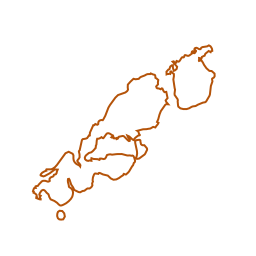 the Province of Nusa Tenggara Barat, rotated 142°
{"feature_id": "IDN-555", "entity_name": "Nusa Tenggara Barat", "entity_type": "Province", "adm_level": 1, "iso_a3": "IDN", "parent_name": "Indonesia", "parent_adm1": "", "projection": "mercator", "projection_center": [117.655, -8.595], "detail": "fine", "context": "isolated", "style": "outline", "palette": "amber", "viewbox_px": 256, "rotation_deg": 142, "n_neighbors": 0, "source": "natural_earth", "source_scale": "10m", "svg_char_len": 5960}
<svg xmlns="http://www.w3.org/2000/svg" viewBox="0 0 256 256"><g transform="rotate(142 128 128)"><path d="M243.3,129.1L242.3,129.5L242.7,130.1L241.7,130.8L241.3,131.4L241.3,132.4L241.5,133.5L242.3,135.2L241.5,135.7L241.8,136.7L239.7,138.1L238.8,138.4L237.6,137.6L237.4,138.5L236.9,138.9L236.3,138.8L234.7,137.9L233.0,138.4L228.8,139.0L227.5,138.7L225.7,137.3L224.2,135.1L223.6,134.7L222.4,134.4L222.0,134.8L221.8,135.4L221.2,136.2L219.6,136.7L216.6,135.9L215.1,136.7L213.3,136.0L212.1,136.4L210.8,137.5L209.0,138.5L210.7,140.0L211.4,140.4L217.5,140.5L223.0,141.4L224.4,141.9L225.8,143.9L226.0,144.5L225.6,145.0L224.8,145.3L223.1,145.6L220.3,145.2L218.9,144.7L218.9,144.8L218.6,145.2L217.7,145.6L214.2,142.9L212.8,142.3L209.8,142.1L206.8,142.6L192.8,146.6L189.4,145.8L187.5,141.8L187.8,140.1L189.9,137.4L190.8,135.7L191.0,134.5L191.1,133.5L190.8,131.4L189.4,128.3L189.4,127.1L188.4,128.0L188.2,129.5L188.5,132.6L188.0,133.5L185.4,134.2L184.2,134.7L182.4,137.1L181.2,139.7L180.6,140.1L179.8,140.2L171.8,146.8L170.6,147.1L167.8,145.6L166.4,145.2L163.6,146.1L163.5,145.8L162.7,145.6L162.2,146.5L161.6,146.8L161.0,147.7L153.6,151.6L152.9,151.0L152.4,151.0L151.3,151.3L150.5,149.8L150.1,149.4L149.1,149.4L147.7,150.9L146.6,151.3L145.6,151.3L144.5,150.9L143.8,150.5L143.1,149.7L142.3,149.9L138.4,151.6L130.9,156.1L128.1,157.2L119.3,159.7L115.6,160.1L108.2,157.6L105.9,157.6L104.4,158.2L103.2,160.2L101.4,162.3L97.6,163.0L93.4,163.4L92.1,161.8L89.3,160.1L87.8,160.4L86.3,160.3L82.5,159.1L81.0,158.9L79.5,158.5L77.3,156.8L76.5,157.0L75.3,154.8L74.2,153.4L74.4,152.3L75.5,150.6L75.0,149.4L74.6,147.2L76.3,145.6L77.5,143.9L80.2,143.4L80.7,142.1L80.5,141.2L79.4,140.2L78.4,138.4L77.1,138.5L76.6,137.9L77.2,135.6L77.2,133.8L75.6,132.9L78.4,127.2L81.3,126.6L81.8,125.2L81.7,121.9L83.0,123.1L83.6,123.3L84.5,123.3L91.7,121.1L94.9,119.2L98.9,116.2L101.4,114.9L100.8,113.3L102.3,112.6L104.6,112.1L106.1,111.6L107.5,113.4L110.6,113.8L111.4,114.2L112.4,114.8L114.3,115.8L116.9,117.7L122.4,120.1L122.0,119.0L122.9,116.5L123.0,115.2L123.3,115.1L124.8,115.8L128.2,115.8L129.9,115.5L130.9,114.9L131.5,116.0L132.2,120.5L133.2,122.4L133.6,121.0L133.7,117.7L134.6,116.8L135.3,117.1L135.7,118.5L136.2,123.1L136.4,124.2L137.1,125.0L140.5,126.7L142.7,125.9L143.6,126.2L143.0,127.1L144.4,127.6L144.9,128.0L145.5,128.6L145.0,129.3L145.0,129.8L146.5,130.2L146.8,130.9L145.4,131.0L144.5,131.4L145.0,132.4L145.9,134.9L146.6,135.9L147.7,136.6L149.0,136.5L153.3,135.2L153.8,135.2L154.2,135.7L154.5,137.1L156.6,137.3L157.8,137.7L158.9,138.5L160.3,137.4L163.1,134.4L164.3,133.8L164.8,133.1L165.5,132.6L165.7,132.2L169.5,131.5L171.8,131.4L174.2,132.4L177.9,132.3L179.2,131.9L180.3,131.2L181.0,130.0L180.9,128.7L180.4,127.5L179.5,126.5L178.4,126.2L177.0,124.7L176.3,125.9L175.4,126.7L174.2,124.8L171.2,122.2L170.2,120.5L169.7,120.5L169.1,121.2L168.1,120.6L166.2,118.4L165.0,118.0L163.5,118.4L161.3,119.6L160.3,119.3L159.0,118.7L158.0,118.0L157.0,116.8L153.0,114.4L148.9,111.3L145.5,106.8L143.6,105.4L142.1,103.8L141.4,103.5L141.0,102.7L141.3,100.9L142.6,97.8L143.4,97.1L144.0,96.9L144.9,96.9L147.0,95.5L148.3,95.3L153.9,93.1L155.4,92.8L158.2,92.6L158.7,93.0L159.5,94.4L160.1,94.3L160.8,93.8L161.4,93.8L162.7,94.0L165.9,94.1L168.9,94.7L171.3,96.2L172.6,98.8L173.2,102.9L176.3,106.8L177.7,109.6L178.4,110.4L178.8,110.5L179.6,110.1L181.8,112.3L182.4,112.5L183.5,112.2L186.0,110.7L187.8,108.9L188.3,108.2L188.5,107.5L190.4,106.4L191.4,104.7L192.7,104.1L194.3,103.9L195.5,104.0L197.2,105.3L198.0,105.4L200.8,105.4L201.4,105.6L202.5,106.3L205.3,106.8L206.4,108.0L208.6,112.5L208.1,113.6L207.8,115.4L207.6,118.4L205.9,123.2L205.8,124.3L206.7,124.7L207.7,123.7L208.6,122.4L209.9,119.4L210.7,118.1L210.7,117.4L210.0,115.8L210.0,113.1L211.0,111.0L212.6,109.4L214.2,108.2L216.6,107.3L219.8,106.8L223.1,106.8L226.0,107.3L227.5,107.7L228.6,108.2L229.3,109.0L229.7,110.6L229.9,112.6L230.9,115.8L232.9,119.4L232.5,122.0L231.5,124.7L232.0,127.1L232.0,128.8L232.2,130.4L233.0,131.5L234.6,131.9L237.0,131.2L238.3,130.6L239.0,130.0L239.0,129.4L238.5,128.3L239.9,127.9L240.3,127.5L240.4,125.9L240.8,125.5L241.7,126.4L243.3,129.1ZM67.7,105.9L70.1,106.8L72.7,108.8L74.6,111.2L75.2,113.9L74.6,115.1L72.4,118.5L71.7,119.1L71.2,120.1L70.9,125.3L70.1,126.5L67.3,129.3L66.7,130.7L62.4,138.3L59.9,140.6L58.6,142.3L59.1,144.4L59.0,145.4L59.2,146.1L59.9,146.2L60.6,145.1L61.4,144.6L61.8,145.3L62.7,145.5L63.5,146.2L64.6,146.5L63.0,148.7L60.2,149.2L59.2,148.8L56.9,150.4L54.9,150.4L54.0,149.8L55.4,148.1L56.7,144.9L55.5,144.5L53.3,144.6L51.6,146.0L52.0,152.8L51.0,152.4L51.0,150.7L50.3,149.9L49.7,149.8L49.0,150.7L48.4,150.9L47.4,149.2L46.8,149.0L45.6,149.2L43.0,150.2L41.8,150.4L41.4,150.2L41.0,149.6L40.5,149.4L39.8,149.6L38.9,150.3L38.4,150.4L37.8,150.0L36.6,148.2L35.8,147.6L34.8,147.4L31.6,147.3L31.3,148.3L30.6,148.8L29.7,148.7L28.8,147.9L29.6,147.6L30.0,147.2L30.1,146.6L29.7,146.1L29.1,146.0L27.2,146.6L26.9,147.0L27.2,149.2L26.5,149.6L25.7,149.6L24.6,149.0L24.2,148.3L23.6,146.8L23.2,146.1L22.3,145.5L21.6,145.9L20.6,146.1L19.5,145.9L15.4,143.6L13.4,143.3L12.7,141.6L12.8,140.0L13.1,138.6L14.1,136.9L15.5,137.3L16.2,136.9L17.0,139.0L21.3,138.9L23.2,137.8L23.9,138.1L26.0,138.5L27.2,137.6L27.9,137.6L28.3,138.7L28.9,139.4L29.7,138.2L30.4,137.8L30.7,137.1L28.5,136.2L28.7,133.4L29.2,131.0L29.4,126.8L28.7,122.9L27.0,121.4L26.3,117.6L27.8,115.5L29.1,114.9L31.1,115.1L31.6,114.9L32.8,112.7L36.8,110.1L42.8,104.0L44.0,103.2L50.1,100.8L51.3,100.8L53.4,101.9L58.4,103.3L61.2,103.7L63.6,105.1L64.8,105.5L67.7,105.9ZM138.1,97.1L140.0,98.2L140.2,99.0L140.1,99.5L138.3,100.6L136.5,102.3L135.1,104.4L131.4,112.0L130.6,113.0L129.2,113.4L126.4,111.8L125.9,111.0L125.9,110.6L126.6,109.6L127.7,107.3L127.6,106.3L126.9,105.2L125.8,104.5L125.7,104.2L125.6,101.3L125.6,100.3L126.0,99.5L126.5,99.0L130.2,97.2L131.2,96.9L138.1,97.1ZM235.3,95.9L237.1,97.0L238.4,98.3L238.8,100.0L238.1,102.1L237.3,103.1L236.2,104.2L234.8,105.0L232.9,104.9L230.9,103.0L230.8,100.0L232.3,97.1L235.3,95.9Z" fill="none" stroke="#b45309" stroke-width="2"/></g></svg>